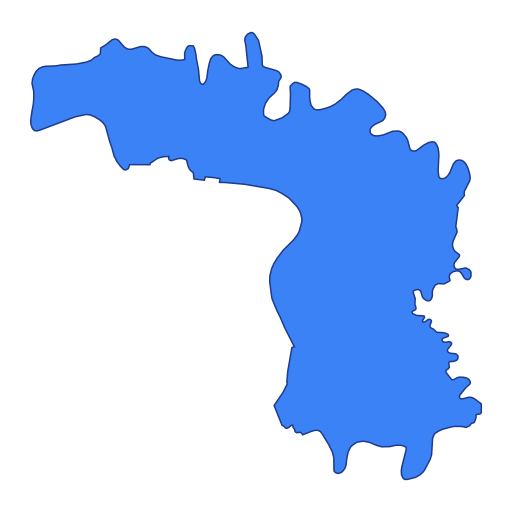 outline of Kim Thanh, Hải Dương, Vietnam
{"feature_id": "81297802B3696641207460", "entity_name": "Kim Thanh", "entity_type": "district", "adm_level": 2, "iso_a3": "VNM", "parent_name": "Vietnam", "parent_adm1": "Hải Dương", "projection": "albers", "projection_center": [106.496, 20.927], "detail": "fine", "context": "isolated", "style": "filled", "palette": "blue", "viewbox_px": 512, "rotation_deg": 0, "n_neighbors": 0, "source": "geoboundaries", "source_scale": "gbopen_adm2", "svg_char_len": 5987}
<svg xmlns="http://www.w3.org/2000/svg" viewBox="0 0 512 512"><path d="M464.5,195.4L464.2,193.4L464.4,191.2L469.6,181.0L470.1,178.9L470.1,176.5L469.5,173.1L467.6,167.3L466.0,164.2L464.8,162.6L462.8,160.9L461.1,160.2L458.4,160.0L455.9,161.0L453.5,163.7L449.8,172.6L447.7,175.8L445.3,177.9L443.8,178.5L441.2,178.7L440.0,178.1L438.9,176.9L438.1,171.1L438.9,155.0L438.6,151.5L438.1,148.3L437.1,145.6L435.8,143.3L434.5,142.2L432.2,141.8L428.7,142.5L424.1,144.9L416.1,150.8L412.9,151.1L410.6,149.8L410.0,148.9L407.7,140.3L406.3,137.4L402.8,133.2L400.5,131.6L398.4,131.0L392.7,131.2L383.7,134.8L378.3,135.9L374.8,135.8L372.0,134.8L370.6,133.3L370.0,131.2L370.2,129.4L371.1,127.6L372.7,125.9L375.1,124.3L382.8,120.6L384.6,118.2L385.5,115.5L385.6,113.4L384.8,111.1L382.7,107.7L377.1,101.6L368.5,94.4L363.8,91.4L361.1,90.1L358.4,89.1L356.5,89.0L354.2,89.4L351.7,90.3L345.9,94.8L341.6,99.1L335.5,103.9L330.5,106.6L325.6,108.3L320.2,109.7L317.1,109.9L315.7,109.7L313.8,108.8L311.1,105.3L310.0,100.8L309.6,96.4L309.7,90.4L309.2,88.8L306.1,86.3L301.8,84.2L297.0,82.5L294.7,82.3L292.4,83.9L290.3,86.1L290.1,87.4L290.5,94.1L290.1,107.4L289.6,111.4L288.5,113.2L282.2,117.8L274.0,120.8L270.2,119.7L264.2,116.0L263.6,114.3L263.5,110.6L263.7,108.8L265.3,103.6L269.0,98.0L274.4,93.0L276.8,90.1L278.3,85.6L278.7,81.3L281.0,77.6L281.2,76.3L280.6,74.3L278.6,71.8L276.4,70.6L265.3,67.4L263.1,66.4L262.5,65.3L262.2,63.5L262.0,56.2L258.5,40.4L254.4,34.1L252.4,32.6L250.5,32.6L247.6,34.2L245.9,36.1L245.1,37.6L244.9,38.8L244.8,40.6L245.8,45.3L248.1,67.2L241.4,68.5L238.9,68.5L236.5,67.8L232.8,66.0L229.9,63.8L224.0,57.2L221.7,55.6L219.5,54.8L216.0,54.7L214.7,55.0L213.0,55.9L210.8,58.6L209.3,63.2L207.7,71.0L206.8,78.2L205.4,82.0L203.2,84.3L201.2,83.9L200.2,82.6L199.5,80.6L198.5,69.7L196.4,58.7L196.0,54.9L194.6,48.4L193.3,45.9L189.1,45.7L187.6,46.6L186.9,47.6L185.5,50.4L184.6,53.1L184.7,59.5L182.8,60.0L177.6,60.2L160.9,56.8L155.2,54.8L151.9,52.2L148.3,48.2L144.8,46.6L141.2,46.5L139.0,47.0L132.0,49.1L129.6,49.3L127.5,49.0L124.3,47.1L118.8,40.7L117.4,39.6L115.1,39.0L112.2,39.7L105.3,45.2L100.6,48.0L100.4,53.6L99.7,54.5L98.0,55.9L94.2,57.6L91.5,60.2L86.3,62.1L76.4,64.0L61.1,65.0L55.6,65.9L45.4,66.3L42.4,66.9L38.9,68.5L36.0,71.5L34.1,75.0L32.6,78.8L32.0,83.4L33.7,91.3L33.8,98.2L33.3,104.1L31.9,111.7L30.7,120.5L30.9,124.3L32.1,127.8L32.9,129.1L34.6,130.7L36.7,130.9L39.7,130.2L75.2,116.8L86.0,114.5L89.9,114.8L94.8,116.9L99.3,119.6L102.2,121.9L104.5,124.7L105.6,126.5L109.6,141.2L112.0,148.2L114.1,156.0L117.1,161.8L120.6,166.4L123.5,169.4L124.9,169.9L126.2,169.8L127.8,168.9L128.3,168.5L129.7,164.6L149.9,164.7L150.4,163.2L156.5,159.0L158.6,157.9L163.6,156.7L168.8,156.5L168.7,158.6L169.1,159.5L169.9,160.3L171.3,160.7L178.0,158.6L180.9,158.3L183.9,158.8L186.5,160.0L188.3,166.8L189.3,168.8L190.6,170.5L193.3,172.7L194.0,179.0L204.4,180.2L205.4,176.8L214.8,177.7L220.1,178.7L219.5,182.4L224.8,182.5L244.0,184.2L268.8,188.4L275.8,190.3L280.8,192.8L284.8,195.3L289.0,198.1L296.9,206.5L299.6,210.6L300.8,213.9L301.7,217.8L301.9,220.7L301.5,222.9L299.2,231.4L297.5,234.6L293.4,240.1L283.1,250.3L277.3,258.0L273.8,263.7L271.6,268.8L269.9,275.7L269.7,281.8L271.7,297.2L272.6,300.2L277.1,311.0L280.4,317.7L284.8,327.9L294.4,346.8L291.9,347.5L287.7,371.6L286.8,382.4L287.4,383.7L283.0,392.4L274.1,405.5L282.0,425.2L284.5,426.6L285.3,427.8L286.6,428.3L287.5,428.1L288.9,427.4L291.6,425.1L292.7,425.3L293.1,427.4L294.6,429.4L295.0,431.3L295.6,432.1L296.6,432.7L300.5,432.3L301.6,433.2L302.6,434.8L311.5,431.3L315.5,430.2L318.1,430.4L320.4,431.6L322.0,433.5L328.8,444.8L332.5,452.4L333.8,457.8L334.0,470.9L335.3,472.5L337.2,473.3L339.0,473.3L341.4,472.4L343.3,470.6L344.9,468.3L346.0,465.3L347.0,457.1L348.2,451.8L350.5,447.2L352.5,445.2L356.1,442.7L358.4,441.9L363.5,441.2L369.6,442.4L376.4,445.3L381.7,446.8L389.8,446.6L395.8,445.3L399.9,445.2L402.7,445.6L405.5,446.8L406.1,447.5L406.2,449.5L401.8,467.0L401.3,470.8L401.5,474.8L403.0,478.0L404.6,479.4L407.5,479.4L415.4,477.4L419.7,475.0L423.3,471.8L424.8,469.6L430.2,459.3L431.6,454.6L432.6,438.3L434.1,434.6L435.4,433.1L439.1,430.8L443.1,429.1L452.3,426.7L454.9,426.4L462.1,426.5L466.0,427.4L469.6,425.8L471.4,423.4L474.0,422.7L474.7,421.5L475.9,418.1L476.1,414.9L476.8,414.5L480.0,414.0L481.3,412.8L481.3,403.9L474.1,398.5L471.7,397.5L468.9,397.2L463.7,398.6L461.2,398.9L460.3,398.6L459.5,397.4L459.6,395.4L466.2,387.3L469.9,384.0L470.2,383.3L470.2,381.6L469.0,379.5L466.8,378.1L463.8,377.3L459.7,377.1L457.4,377.6L453.8,379.6L451.8,379.8L446.0,372.4L445.8,371.0L446.3,370.1L448.5,368.6L449.4,367.3L448.7,363.0L448.9,362.3L450.2,361.5L453.2,361.5L456.5,360.4L457.7,359.0L458.1,357.0L457.9,355.8L456.3,354.1L455.2,353.7L449.9,353.2L447.7,351.7L447.4,350.7L447.7,349.3L451.4,344.6L451.6,343.1L451.2,342.5L449.7,341.7L444.6,342.3L442.7,341.5L442.3,340.8L442.2,339.2L442.9,338.3L448.1,336.4L448.5,335.4L448.1,334.4L445.2,333.1L443.0,332.6L436.8,332.3L433.4,329.1L431.1,328.0L430.0,326.8L429.9,325.4L431.4,321.7L431.4,320.9L430.8,319.9L429.5,319.3L428.3,319.4L424.8,322.0L422.9,322.0L422.5,321.2L422.7,320.4L424.6,317.2L424.0,315.9L416.5,315.4L412.6,313.6L412.0,312.4L412.4,311.3L414.8,310.1L415.8,309.2L416.0,308.5L415.8,306.8L414.9,304.5L415.2,298.6L413.2,292.3L413.5,291.0L414.3,290.3L417.4,289.5L419.2,289.9L420.2,290.5L420.8,291.4L422.2,296.4L423.5,298.5L426.4,300.5L427.4,300.8L429.4,300.8L431.0,299.5L431.8,298.0L432.4,295.7L432.3,292.2L432.8,289.4L435.0,285.3L438.1,283.6L444.2,283.9L449.5,281.0L450.1,280.3L449.2,277.2L449.4,275.4L450.5,273.5L452.9,271.8L456.2,270.9L457.9,270.9L459.7,271.5L461.5,273.4L464.4,278.2L466.1,279.4L468.1,279.6L469.1,279.2L470.4,277.7L471.0,276.1L471.0,272.4L470.5,271.1L469.1,269.6L466.8,268.3L465.2,268.0L458.8,269.3L456.5,269.2L455.7,268.8L454.6,267.6L454.0,265.8L454.0,264.0L454.8,262.2L459.2,256.7L459.6,255.6L459.2,254.5L455.3,251.6L454.3,250.4L453.4,249.0L452.5,245.5L452.7,242.9L453.4,240.4L457.1,232.0L456.8,229.6L455.8,226.6L458.2,207.7L456.6,205.6L464.5,195.4Z" fill="#3b82f6" stroke="#1e3a8a" stroke-width="1.5"/></svg>